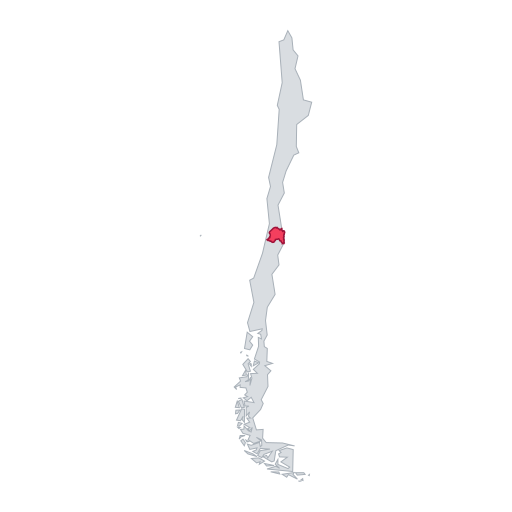 Chile, with Región Metropolitana de Santiago highlighted
{"feature_id": "CHL-2698", "entity_name": "Región Metropolitana de Santiago", "entity_type": "Region", "adm_level": 1, "iso_a3": "CHL", "parent_name": "Chile", "parent_adm1": "", "projection": "equal_earth", "projection_center": [-70.53, -33.621], "detail": "fine", "context": "in_parent", "style": "filled", "palette": "rose", "viewbox_px": 512, "rotation_deg": 0, "n_neighbors": 0, "source": "natural_earth", "source_scale": "10m", "svg_char_len": 5659}
<svg xmlns="http://www.w3.org/2000/svg" viewBox="0 0 512 512"><path d="M279.0,41.7L283.8,39.9L287.8,30.7L291.9,37.9L293.1,49.9L298.0,55.9L295.0,68.7L300.4,80.2L303.4,99.9L311.7,102.2L308.3,115.4L296.7,124.5L296.3,146.5L298.8,152.8L293.8,155.1L286.1,171.0L282.6,182.4L284.3,193.0L278.0,205.1L282.0,230.3L284.4,231.3L284.1,242.8L277.7,255.1L279.0,264.9L271.9,274.3L275.1,294.4L267.3,307.2L265.5,320.6L267.2,335.0L263.9,341.1L264.3,346.6L267.3,348.5L266.8,361.4L272.5,363.4L264.8,365.7L270.9,370.8L267.5,374.7L268.0,386.4L261.2,399.7L263.2,403.5L260.6,409.5L252.7,417.9L256.4,429.9L263.1,429.4L262.6,438.2L266.2,442.6L282.5,443.0L294.6,445.9L288.3,445.0L275.8,450.7L274.2,460.9L271.8,461.9L262.8,456.6L266.6,455.4L267.8,457.9L272.3,451.2L263.9,454.4L261.8,457.7L257.7,455.5L260.2,450.7L270.0,449.1L260.3,448.4L257.1,453.8L252.8,451.4L256.1,450.1L257.0,447.9L249.8,449.4L247.4,444.1L251.2,445.3L259.5,442.4L260.3,446.6L261.8,445.5L261.6,439.9L256.4,437.3L261.1,440.9L253.7,443.4L248.1,439.7L250.1,435.4L242.9,433.3L240.5,429.4L243.9,429.2L244.1,426.0L248.4,430.8L251.1,432.0L252.3,427.4L249.7,430.9L247.8,428.6L249.8,427.6L244.2,424.3L249.7,422.2L246.8,418.1L250.6,418.1L248.4,416.2L249.6,411.9L246.2,415.9L246.2,407.4L248.9,406.1L245.0,406.0L244.0,401.0L254.0,402.6L251.2,397.3L247.0,400.7L243.3,397.8L247.6,396.6L244.7,394.9L247.3,392.2L245.9,387.9L240.1,387.4L240.2,384.9L235.6,387.0L236.6,389.5L234.2,387.0L240.6,381.1L239.3,377.9L247.0,376.7L248.7,372.7L248.3,379.9L245.1,381.7L248.7,381.0L250.6,377.2L249.9,385.5L251.9,378.2L250.6,373.6L257.4,373.3L253.3,369.4L259.4,363.8L259.6,362.0L254.4,359.0L258.6,346.3L258.3,337.4L261.5,338.9L260.7,334.3L257.8,333.4L261.9,330.5L262.2,328.8L249.9,331.5L247.5,322.7L253.9,302.4L249.7,280.2L253.7,278.1L262.5,253.3L269.4,223.7L266.9,198.6L270.5,186.5L268.6,177.4L276.8,144.7L279.2,109.4L277.3,105.4L282.2,82.7L279.0,41.7ZM293.2,449.6L292.7,471.5L267.0,469.0L275.8,466.3L279.6,468.3L275.2,464.2L277.9,459.4L277.9,464.4L288.0,468.6L289.7,467.1L280.9,461.9L287.3,457.2L279.5,456.9L278.6,453.9L281.1,452.5L279.1,450.6L286.9,447.9L293.2,449.6ZM249.8,349.8L244.5,348.5L247.2,332.2L252.7,336.7L249.5,341.2L252.7,345.1L249.8,349.8ZM244.5,409.2L244.4,422.3L242.0,419.4L243.2,416.2L240.5,420.7L236.5,420.1L241.6,408.9L244.5,409.2ZM282.2,474.3L294.2,472.5L293.0,474.4L297.4,479.1L288.4,474.6L286.7,477.2L282.2,474.3ZM250.4,361.5L248.1,363.7L250.4,371.2L247.4,371.9L242.8,364.4L248.1,358.7L250.4,361.5ZM258.8,457.9L264.5,461.1L259.3,464.3L260.1,461.7L256.6,462.9L251.4,458.5L258.8,457.9ZM264.5,463.5L274.1,465.5L266.6,466.0L264.5,463.5ZM305.1,474.4L297.3,475.1L295.5,472.7L303.8,472.7L305.1,474.4ZM244.3,407.4L241.3,407.7L238.4,401.3L241.9,399.4L244.3,407.4ZM239.4,407.7L235.3,407.3L237.2,401.2L239.4,407.7ZM258.6,362.8L253.3,365.8L254.4,361.0L258.6,362.8ZM243.0,439.1L245.4,442.6L244.3,445.8L240.8,440.8L243.0,439.1ZM244.2,450.5L252.8,453.8L257.0,456.6L247.9,453.9L244.2,450.5ZM246.4,375.0L242.5,375.6L245.6,370.2L246.4,375.0ZM270.7,471.8L278.8,472.0L279.7,474.0L270.7,471.8ZM239.9,410.0L237.6,413.4L235.5,413.8L235.9,410.2L239.9,410.0ZM242.1,423.4L239.1,426.2L237.5,425.8L238.4,422.4L242.1,423.4ZM245.1,435.5L241.1,436.8L239.2,439.1L240.2,435.5L245.1,435.5ZM238.9,428.5L237.7,427.3L240.3,427.6L238.9,428.5ZM251.3,366.3L249.7,364.4L250.0,363.4L251.2,363.9L251.3,366.3ZM248.7,441.6L247.0,441.9L245.9,440.1L248.7,441.6ZM241.1,398.4L238.2,398.5L241.0,398.0L241.1,398.4ZM302.7,478.6L303.0,480.5L301.1,479.8L302.7,478.6ZM246.8,355.1L248.4,356.2L246.7,355.7L246.8,355.1ZM301.5,481.0L299.0,481.3L298.9,481.1L301.5,481.0ZM309.4,474.5L309.2,475.6L308.5,475.2L309.4,474.5ZM201.3,234.9L200.4,236.0L200.3,235.9L201.3,234.9ZM241.5,351.9L240.9,352.9L240.6,352.3L241.5,351.9Z" fill="#d9dde1" stroke="#a8b0b8" stroke-width="1"/><path d="M281.8,228.5L281.9,229.0L281.8,229.7L281.8,229.9L281.8,230.1L282.0,230.3L282.3,230.6L282.4,230.8L282.7,231.5L282.9,231.5L283.3,230.8L283.6,230.8L284.0,230.9L284.3,231.1L284.5,231.4L284.5,232.1L284.7,232.5L284.6,232.9L284.4,233.3L284.3,233.5L284.2,234.2L284.2,234.4L284.0,234.5L283.9,234.5L283.9,234.8L283.9,235.0L283.7,235.7L283.7,235.9L283.8,236.1L284.0,236.5L283.9,236.9L283.6,237.1L283.5,237.3L283.5,237.5L283.7,238.5L283.6,239.2L283.6,239.5L283.8,239.5L284.0,239.5L284.1,239.9L284.1,240.4L284.0,241.4L283.9,241.5L283.9,241.8L283.9,242.0L284.0,242.1L284.2,242.6L284.3,242.9L284.3,243.0L283.6,243.3L283.6,243.5L283.2,243.4L282.8,243.3L282.4,243.4L282.3,243.5L282.2,243.0L282.1,242.8L281.9,242.6L281.4,242.2L281.3,241.8L281.2,241.5L281.1,241.2L280.9,240.9L280.7,240.9L280.3,240.9L280.1,240.9L279.9,240.8L279.7,240.6L279.6,240.4L279.5,240.0L279.4,239.7L279.1,239.3L279.0,239.0L278.7,238.8L277.4,239.3L277.1,239.3L276.5,239.3L276.3,239.3L276.2,239.4L276.0,239.5L275.8,239.5L275.5,239.5L275.4,239.5L275.3,240.1L275.3,240.4L275.2,240.5L274.6,241.1L274.4,241.2L274.1,241.9L273.9,242.0L273.7,242.2L273.0,242.3L272.7,242.3L272.4,242.3L272.2,242.2L271.9,242.1L270.9,241.1L270.7,241.0L270.4,241.2L270.3,241.3L270.2,241.3L270.1,241.2L269.3,240.6L268.8,240.4L268.6,240.3L268.1,240.4L268.1,240.5L267.9,240.5L267.4,240.0L267.1,239.9L267.0,239.7L268.1,239.0L268.2,238.9L268.3,238.8L268.8,238.1L269.0,237.9L269.6,237.8L269.8,237.7L269.9,237.4L269.8,237.0L269.7,236.8L269.9,236.5L270.0,236.3L270.2,236.1L270.3,235.9L270.3,235.5L270.2,234.9L270.2,234.1L269.4,233.2L269.3,232.6L269.5,232.0L273.0,228.6L273.1,228.4L273.9,228.0L274.0,227.8L274.3,227.7L274.6,227.6L275.4,227.4L275.9,227.4L276.3,227.9L276.5,228.0L276.8,227.8L277.1,227.5L278.3,228.7L278.5,228.8L279.0,228.9L279.2,229.2L279.6,229.6L279.8,229.9L280.0,230.0L280.5,229.4L281.4,228.6L281.8,228.5L281.8,228.5Z" fill="#f43f5e" stroke="#9f1239" stroke-width="1.5"/></svg>